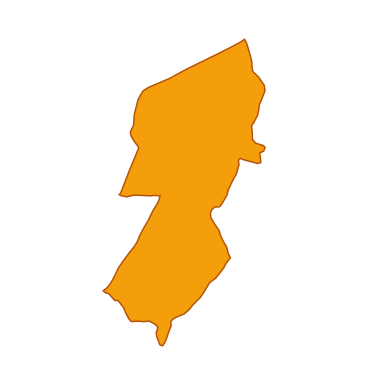 the district of Älvdalen, Dalarna, Sweden, rotated 56°
{"feature_id": "70781695B70096269486185", "entity_name": "Älvdalen", "entity_type": "district", "adm_level": 2, "iso_a3": "SWE", "parent_name": "Sweden", "parent_adm1": "Dalarna", "projection": "mercator", "projection_center": [13.302, 61.645], "detail": "fine", "context": "isolated", "style": "filled", "palette": "amber", "viewbox_px": 384, "rotation_deg": 56, "n_neighbors": 0, "source": "geoboundaries", "source_scale": "gbopen_adm2", "svg_char_len": 1758}
<svg xmlns="http://www.w3.org/2000/svg" viewBox="0 0 384 384"><g transform="rotate(56 192 192)"><path d="M94.8,63.1L94.9,67.4L93.5,80.7L91.6,95.6L89.4,111.2L87.0,128.6L85.3,147.0L80.9,169.9L80.9,176.2L83.1,181.1L85.5,185.4L95.5,196.5L103.6,202.8L107.8,209.4L109.5,210.6L112.2,211.2L118.8,211.6L123.7,211.2L125.6,211.6L128.4,215.6L138.4,230.8L151.8,250.0L153.8,253.4L153.7,253.7L155.3,252.9L159.5,248.9L161.9,242.3L164.8,238.1L171.4,229.4L174.3,224.4L177.4,220.7L179.8,223.4L182.2,227.3L185.8,235.2L190.9,243.9L195.9,254.2L199.3,260.3L202.7,265.3L205.1,270.8L206.9,276.9L210.6,287.4L213.8,295.6L218.3,303.0L221.7,309.6L223.8,315.4L224.3,320.9L227.5,320.0L229.6,317.9L234.4,317.3L238.6,316.7L240.7,314.0L249.4,313.4L255.7,314.6L261.7,315.2L265.3,314.9L269.2,308.6L272.2,305.0L275.2,299.6L279.7,297.2L284.2,295.7L286.3,297.2L288.7,300.5L292.9,302.3L301.0,304.1L303.1,302.3L301.3,298.1L298.6,294.2L294.7,289.1L291.1,284.0L287.5,282.2L286.6,277.4L287.5,272.3L288.7,266.9L288.1,260.9L286.0,254.0L284.2,244.4L281.2,236.9L277.0,228.2L276.7,220.7L274.6,213.8L272.8,208.4L270.1,203.3L268.0,196.9L263.0,196.3L257.1,194.0L250.8,193.7L244.3,192.7L239.3,191.1L230.8,191.1L223.8,190.7L219.6,188.4L217.6,185.1L217.3,181.5L219.6,177.6L218.9,174.6L217.3,171.3L214.3,165.0L210.3,160.4L206.7,154.2L204.7,150.9L201.8,145.0L197.8,140.3L195.9,138.0L191.6,135.7L191.2,133.1L194.2,131.1L200.1,125.9L205.1,121.6L206.1,118.6L202.8,116.6L197.5,114.0L198.2,109.7L195.9,106.4L193.6,106.8L190.3,109.4L187.0,112.0L182.0,112.4L179.4,110.7L175.8,108.4L170.5,105.8L168.9,101.8L165.2,94.9L161.6,91.0L157.3,87.3L153.7,81.7L148.8,74.8L144.2,72.5L134.0,72.5L126.1,74.2L121.1,71.9L117.5,69.6L112.2,67.6L105.0,65.3L98.4,63.3L94.8,63.1Z" fill="#f59e0b" stroke="#b45309" stroke-width="1.5"/></g></svg>